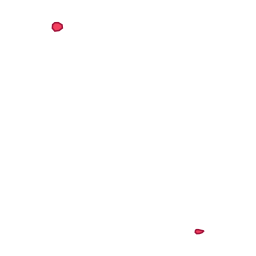 Niuas, Robinson projection, rotated 43°
{"feature_id": "TON-4947", "entity_name": "Niuas", "entity_type": "state/province", "adm_level": 1, "iso_a3": "TON", "parent_name": "Tonga", "parent_adm1": "", "projection": "robinson", "projection_center": [-174.598, -15.768], "detail": "fine", "context": "isolated", "style": "filled", "palette": "rose", "viewbox_px": 256, "rotation_deg": 43, "n_neighbors": 0, "source": "natural_earth", "source_scale": "10m", "svg_char_len": 391}
<svg xmlns="http://www.w3.org/2000/svg" viewBox="0 0 256 256"><g transform="rotate(43 128 128)"><path d="M9.4,97.6L11.8,99.6L11.1,103.7L8.4,107.0L4.6,106.6L2.4,103.8L2.7,100.9L5.2,98.5L9.4,97.6ZM251.3,153.0L253.0,151.9L253.6,151.9L253.5,153.9L252.2,156.4L250.3,158.4L248.3,158.4L247.3,156.9L247.3,155.8L248.6,154.5L251.3,153.0Z" fill="#f43f5e" stroke="#9f1239" stroke-width="1.5"/></g></svg>